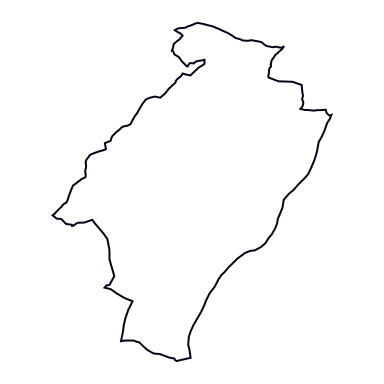 Ezinihitte, Imo, Nigeria (orthographic projection)
{"feature_id": "59680162B50771081897552", "entity_name": "Ezinihitte", "entity_type": "district", "adm_level": 2, "iso_a3": "NGA", "parent_name": "Nigeria", "parent_adm1": "Imo", "projection": "orthographic", "projection_center": [7.323, 5.469], "detail": "fine", "context": "isolated", "style": "outline", "palette": "ink", "viewbox_px": 384, "rotation_deg": 0, "n_neighbors": 0, "source": "geoboundaries", "source_scale": "gbopen_adm2", "svg_char_len": 3661}
<svg xmlns="http://www.w3.org/2000/svg" viewBox="0 0 384 384"><path d="M331.4,114.9L329.7,115.5L328.3,114.7L327.1,113.4L326.4,112.6L325.8,109.8L320.5,110.1L317.6,110.1L313.8,110.6L307.9,110.0L305.1,110.0L300.4,108.9L302.7,105.9L303.1,104.2L303.3,101.8L302.4,100.2L302.1,99.2L303.0,95.7L302.7,94.0L302.4,92.6L302.2,90.3L301.7,85.0L292.6,81.8L278.4,81.3L268.6,77.5L268.4,76.9L268.5,74.7L268.8,73.7L269.0,72.0L269.1,71.0L269.0,69.8L269.7,67.9L270.9,66.7L271.1,66.1L271.0,65.2L270.7,64.5L270.6,64.4L270.9,63.8L271.1,63.3L271.2,62.8L271.2,62.2L271.5,60.8L271.8,60.2L272.7,58.9L273.9,57.3L274.9,55.5L275.2,55.1L277.8,52.9L279.8,51.0L280.8,50.2L281.6,49.6L282.3,48.6L283.2,47.5L283.3,47.3L283.4,47.2L284.1,46.2L281.4,47.8L278.0,47.2L277.3,46.9L276.3,46.7L275.0,46.9L272.6,47.2L271.9,47.1L266.3,45.9L264.1,44.4L261.7,42.2L257.2,41.2L251.3,40.2L248.0,40.8L242.8,40.5L240.1,39.2L235.7,38.1L231.7,35.3L228.1,33.2L218.9,29.0L212.2,26.2L207.8,25.2L203.0,23.9L198.3,23.0L195.8,23.3L192.3,24.9L186.9,26.8L185.1,27.8L181.7,28.0L179.3,28.2L177.1,28.8L174.8,30.2L176.5,31.3L178.5,32.5L180.6,33.5L182.6,35.6L181.0,37.5L179.3,39.6L177.9,40.5L175.9,42.1L173.7,44.1L173.2,47.0L172.5,49.2L171.8,50.8L173.0,51.0L174.1,53.5L174.8,54.8L175.4,55.0L176.4,55.6L178.6,56.9L181.0,59.9L181.9,61.5L184.3,63.7L186.5,66.1L187.7,66.4L188.4,65.0L189.6,63.2L191.9,63.2L193.7,63.4L195.0,62.2L196.5,61.3L198.4,60.9L200.2,60.6L202.3,60.3L202.6,60.3L204.5,59.8L204.6,61.2L204.2,64.2L198.6,67.6L190.4,75.4L184.7,74.2L182.7,73.5L181.0,76.1L178.6,78.1L177.3,79.1L175.9,80.8L175.3,82.8L168.7,88.8L165.2,93.4L160.2,97.7L155.2,96.6L154.1,96.7L149.3,97.9L145.8,99.5L141.9,104.7L139.6,108.7L137.9,111.7L136.8,113.6L134.7,116.4L133.8,117.8L132.7,120.0L132.0,121.2L131.0,123.3L129.7,124.7L127.1,125.8L125.3,126.0L123.3,126.6L122.4,126.8L119.0,130.0L116.5,131.9L114.3,134.2L112.6,135.7L111.3,138.2L110.9,139.9L110.6,140.8L104.9,143.1L105.9,149.2L104.1,149.9L102.1,150.6L100.2,151.0L97.0,152.1L93.4,153.4L90.5,154.6L89.5,155.5L88.6,157.1L87.1,158.7L86.2,160.2L85.7,162.1L85.7,163.1L86.0,165.2L86.0,167.6L85.5,169.4L85.3,171.0L85.2,172.4L85.8,174.0L85.5,177.0L84.8,177.6L82.5,178.6L80.9,179.5L79.7,180.6L78.2,181.6L75.8,183.6L73.1,185.4L71.0,190.3L69.2,195.0L68.0,198.9L66.9,201.7L66.2,202.7L64.5,203.5L62.5,205.3L61.8,206.5L59.7,208.4L57.1,211.0L55.3,213.0L54.5,213.9L52.6,215.3L56.6,218.6L58.7,218.8L61.3,219.0L62.8,220.5L65.9,223.8L69.1,224.4L72.0,224.8L72.2,226.0L73.6,225.6L75.8,223.8L77.6,222.8L84.1,222.6L88.3,221.2L92.3,219.8L94.6,223.0L103.7,233.8L107.3,238.9L108.5,244.8L109.4,249.6L109.5,259.5L114.3,276.1L109.5,284.9L106.6,285.4L104.6,287.6L110.8,289.2L117.0,293.6L124.7,298.1L132.5,301.2L129.4,307.7L128.5,309.3L127.0,313.6L125.5,317.9L123.8,325.0L122.8,332.4L121.0,341.2L122.8,341.0L124.3,340.6L128.5,340.5L133.8,340.6L137.1,341.9L139.0,342.2L144.3,347.2L146.8,349.5L151.5,352.4L154.1,353.6L159.6,354.0L162.7,355.1L169.0,357.5L172.7,358.3L173.1,358.1L174.5,358.7L175.0,360.2L176.6,361.0L190.6,357.8L190.1,354.2L189.4,349.4L188.2,344.9L188.4,342.1L188.9,336.5L190.9,330.7L193.6,324.9L198.8,315.9L201.4,311.4L204.1,305.6L206.1,300.4L207.9,296.8L210.0,292.7L214.6,286.9L218.6,279.2L221.2,275.3L225.1,271.5L228.3,267.6L232.2,263.8L237.4,258.6L243.0,254.5L245.2,252.9L249.8,251.0L254.9,250.3L260.7,247.2L265.3,243.3L268.5,238.2L271.8,234.3L275.1,228.5L277.1,223.4L277.8,218.8L279.8,214.3L280.7,212.0L282.4,207.9L283.8,199.7L289.0,193.7L293.6,189.9L298.1,184.7L304.6,178.3L307.9,174.5L310.3,169.7L310.5,169.3L313.8,161.6L314.4,160.0L315.8,155.8L317.2,150.6L317.8,147.0L318.6,142.2L321.9,136.4L322.0,136.1L324.5,130.6L327.2,122.9L329.8,119.1L331.4,114.9Z" fill="none" stroke="#020617" stroke-width="2"/></svg>